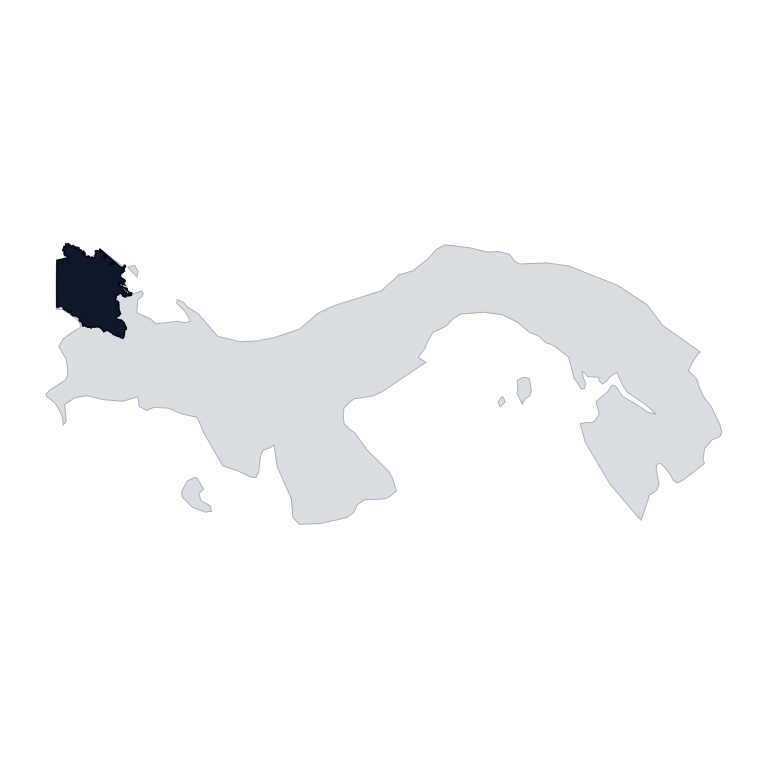 Changuinola, Bocas del Toro, Panama (highlighted)
{"feature_id": "35544464B1778139424471", "entity_name": "Changuinola", "entity_type": "district", "adm_level": 2, "iso_a3": "PAN", "parent_name": "Panama", "parent_adm1": "Bocas del Toro", "projection": "orthographic", "projection_center": [-82.488, 9.215], "detail": "fine", "context": "in_parent", "style": "filled", "palette": "ink", "viewbox_px": 768, "rotation_deg": 0, "n_neighbors": 0, "source": "geoboundaries", "source_scale": "gbopen_adm2", "svg_char_len": 8923}
<svg xmlns="http://www.w3.org/2000/svg" viewBox="0 0 768 768"><path d="M700.3,352.0L698.1,353.6L691.9,363.0L688.5,370.9L696.8,379.1L699.4,388.0L704.2,397.5L711.6,407.1L719.9,424.9L721.9,432.1L719.7,436.8L712.0,439.8L704.8,448.3L703.0,458.5L704.4,463.6L682.9,480.2L677.4,483.0L673.6,480.6L668.9,472.4L663.3,465.9L660.3,463.6L658.6,463.5L656.9,465.0L656.1,468.7L659.1,484.0L656.8,490.3L649.5,495.1L641.3,520.2L638.0,517.1L609.8,483.8L585.3,442.4L580.1,423.6L586.3,422.4L592.3,422.7L595.6,419.8L599.3,414.2L596.1,401.5L607.7,391.7L612.0,385.1L615.3,385.8L623.0,396.8L634.2,403.1L648.0,412.2L656.4,414.2L645.6,404.6L627.0,392.0L621.8,383.7L616.8,372.0L609.6,377.2L606.3,381.5L602.6,384.0L599.3,381.1L598.7,377.3L587.8,376.7L585.0,373.3L582.1,371.4L583.5,378.7L585.7,383.2L584.6,388.6L581.1,389.1L578.0,383.5L574.1,378.4L568.7,357.2L556.2,347.3L550.5,344.1L545.9,342.9L538.9,336.1L529.8,332.6L517.3,322.1L502.1,314.7L483.6,312.2L461.1,314.0L453.5,318.3L448.4,323.7L446.0,326.2L432.8,332.4L427.8,341.3L424.7,348.8L418.1,357.3L425.7,362.4L382.4,391.5L373.8,395.8L354.3,398.8L349.8,401.9L343.9,407.7L343.2,416.3L344.1,423.7L349.8,429.3L354.9,432.9L367.1,450.0L388.8,471.4L392.9,479.3L396.3,491.0L389.8,496.5L384.8,498.8L364.3,499.9L357.2,504.6L354.4,511.8L346.8,517.6L320.3,523.6L299.5,524.3L293.0,517.7L291.4,498.9L277.3,466.9L273.9,444.8L270.4,447.6L263.0,450.2L260.5,455.7L258.7,472.0L256.0,477.5L250.3,477.0L238.5,471.2L222.9,465.9L202.9,431.4L200.7,424.9L196.8,417.2L181.4,413.9L168.3,408.1L154.0,407.3L146.7,410.5L139.2,406.4L137.9,396.9L122.9,401.2L103.6,399.7L86.4,395.7L74.6,397.8L64.8,404.5L66.1,421.7L63.2,425.1L62.8,418.1L59.3,410.0L55.2,403.3L46.5,396.3L46.1,393.8L49.5,390.3L65.3,380.2L67.3,376.0L67.5,367.3L66.0,358.9L58.9,346.6L63.0,339.0L71.1,332.9L79.4,328.1L80.9,326.0L79.3,321.9L74.5,317.3L63.1,309.6L56.3,309.1L56.0,287.0L56.4,263.5L58.1,261.2L62.3,259.8L65.6,256.2L67.5,249.3L72.4,246.8L81.4,252.2L90.6,256.9L94.4,255.4L97.2,253.1L99.2,250.8L99.9,248.6L107.2,254.9L122.2,266.0L123.0,271.4L121.6,276.7L125.8,291.7L133.6,293.9L141.4,290.9L143.3,293.7L141.9,296.5L137.8,299.6L136.8,312.5L149.7,318.5L156.1,323.8L177.4,321.3L185.2,322.7L190.5,321.1L184.6,310.8L176.6,303.1L177.3,299.7L183.3,302.2L187.9,307.4L198.4,313.9L217.7,336.3L239.9,341.7L257.3,340.9L273.6,337.8L299.6,329.0L318.2,313.1L333.2,306.0L381.6,290.7L398.8,274.9L406.0,272.8L412.9,270.8L428.1,258.8L436.2,249.5L444.8,244.8L470.4,247.9L487.1,252.1L498.5,251.5L509.6,254.4L514.5,261.1L519.5,264.0L546.6,262.9L568.8,266.0L617.7,285.4L647.0,304.7L662.7,325.5L700.3,352.0ZM211.4,511.4L205.1,512.1L192.0,507.1L182.5,497.4L181.7,494.2L181.9,491.0L187.1,481.1L194.1,477.6L196.8,477.7L203.5,489.1L199.0,493.6L200.8,500.6L210.3,505.9L211.4,511.4ZM524.6,399.2L522.4,404.1L516.9,393.1L517.7,390.3L517.3,380.3L522.4,377.6L526.2,377.4L529.3,378.7L531.4,390.5L529.8,395.8L524.6,399.2ZM138.0,271.6L136.8,277.0L127.8,267.2L133.2,265.6L135.0,265.8L138.0,271.6ZM505.3,401.7L500.2,407.0L498.1,402.0L501.7,396.9L503.0,396.9L505.3,401.7Z" fill="#d9dde1" stroke="#a8b0b8" stroke-width="1"/><path d="M131.2,293.8L131.8,293.1L131.2,292.7L130.3,292.7L129.0,292.1L129.1,292.8L129.4,292.9L129.6,293.5L129.5,293.8L129.3,293.6L129.4,294.0L128.9,294.2L128.6,293.8L127.4,293.8L126.4,293.1L126.0,293.2L124.8,292.1L124.1,292.0L124.0,291.3L124.4,291.1L124.1,291.3L124.3,291.3L124.4,290.9L124.1,291.1L123.5,290.5L123.2,290.7L123.0,290.3L123.1,289.6L122.5,289.5L122.7,288.8L122.4,288.6L122.8,288.3L122.5,288.1L122.6,287.9L122.5,287.6L122.5,287.8L122.3,287.7L123.3,287.4L123.2,287.0L122.7,286.9L122.7,287.1L122.4,286.8L122.3,287.0L121.8,286.4L121.5,286.6L121.6,286.3L121.2,286.5L121.0,286.1L120.7,286.2L120.3,286.0L119.7,285.2L119.1,285.3L119.5,284.7L118.9,284.4L119.2,283.8L119.6,284.3L119.8,284.2L119.0,283.3L119.1,282.4L118.9,282.4L118.5,282.1L118.7,281.7L118.6,282.1L118.9,282.3L119.3,282.3L119.3,282.1L120.0,282.5L119.9,282.3L120.1,282.0L120.0,282.3L120.7,282.4L120.6,282.7L121.0,283.0L120.9,282.8L121.7,283.2L122.5,283.1L122.8,283.4L123.3,282.9L123.8,283.0L123.8,281.7L124.6,281.7L124.8,281.7L125.2,281.5L125.1,280.7L124.4,279.8L121.4,277.9L120.4,277.0L120.3,276.5L119.7,276.2L120.2,276.4L120.1,275.8L121.3,272.8L122.1,272.9L122.6,272.3L122.4,271.7L123.2,272.2L123.8,271.4L124.3,271.2L123.8,269.6L124.1,269.4L124.5,267.4L125.3,267.1L125.6,265.9L125.5,265.6L124.3,265.2L123.9,266.6L123.0,267.4L120.9,267.2L119.2,266.1L115.1,262.2L114.4,261.7L113.8,261.8L113.3,261.3L113.0,261.9L114.0,262.9L113.6,264.1L112.4,264.4L112.7,264.2L112.4,264.1L111.6,264.7L111.5,265.1L111.3,265.2L111.4,265.5L111.3,265.1L111.5,264.7L111.4,264.7L110.1,265.5L109.9,265.0L109.5,265.4L109.7,265.0L111.8,264.5L112.3,263.9L113.4,264.0L113.8,263.3L113.6,262.7L113.1,262.4L112.8,263.6L112.3,263.7L111.9,262.8L111.0,262.8L110.2,262.3L111.1,262.7L111.9,262.7L112.3,263.5L112.7,263.5L112.9,262.8L112.9,261.3L113.3,261.1L113.9,261.4L102.7,251.4L99.9,249.3L99.7,249.4L99.8,250.3L101.1,251.8L101.0,252.4L100.5,252.9L99.7,252.7L98.8,251.4L98.0,250.8L96.4,250.5L95.3,250.9L95.3,251.7L95.9,253.5L95.1,255.1L95.2,256.7L94.5,257.4L93.4,257.8L92.0,257.3L91.7,258.3L90.5,258.2L89.5,257.2L89.4,256.4L89.0,256.2L88.7,256.4L88.8,257.1L88.1,257.9L87.6,258.1L87.2,257.8L87.3,257.1L87.7,256.8L87.7,256.4L86.8,256.7L85.3,256.5L85.1,256.2L85.2,255.2L84.0,254.4L84.1,254.1L84.9,253.7L85.1,253.1L84.8,252.7L84.2,252.7L83.9,252.5L83.8,251.2L83.4,251.0L83.0,251.2L83.3,252.3L83.0,252.7L82.3,251.8L81.0,251.4L81.3,250.3L80.8,249.8L79.3,250.0L79.1,249.0L78.6,248.5L78.9,247.8L78.7,247.5L77.1,248.2L76.8,247.2L76.2,247.1L75.7,247.5L75.6,248.5L75.2,248.7L74.7,247.9L75.0,247.3L74.5,246.5L73.9,246.2L73.4,245.5L72.9,245.5L71.6,246.5L70.8,246.0L70.5,245.3L69.0,244.8L68.9,243.9L68.5,243.7L66.8,244.2L66.0,243.8L65.8,244.1L65.4,246.5L65.0,246.7L64.1,246.5L63.8,246.7L63.6,248.5L62.7,249.9L63.2,250.2L63.2,251.0L63.6,251.3L64.4,251.1L64.7,251.3L64.8,252.3L64.0,253.1L64.3,253.7L64.2,254.6L65.1,255.5L66.1,255.2L66.5,255.7L66.0,256.1L67.1,255.9L67.0,256.5L67.7,257.0L67.4,257.7L67.8,258.0L56.9,260.3L56.8,307.0L57.7,307.5L59.4,306.5L60.2,306.5L61.6,305.8L62.1,305.7L62.5,306.1L62.4,306.9L63.3,308.2L63.5,309.1L64.5,309.8L65.5,309.5L66.1,310.6L66.6,310.7L67.2,311.4L68.0,311.6L68.4,312.2L69.5,312.2L69.9,312.6L70.5,312.7L70.9,313.2L71.0,314.0L72.0,314.5L72.0,315.1L72.4,315.6L75.5,315.8L75.9,316.2L77.7,316.8L78.9,317.9L79.3,317.9L79.8,318.9L79.2,320.1L79.8,320.5L79.9,320.9L80.1,320.7L80.6,321.1L80.6,321.6L81.5,321.9L81.9,322.3L82.3,323.2L82.6,325.2L83.1,326.2L83.5,326.2L83.7,325.6L84.8,325.3L85.5,325.8L85.6,326.3L86.9,326.6L87.5,327.2L88.7,327.3L89.3,326.9L89.4,327.1L90.4,327.4L91.0,328.1L91.4,327.3L92.6,326.7L93.8,327.3L95.7,327.0L96.5,326.5L97.2,326.9L97.9,327.0L98.2,326.8L98.4,327.0L99.7,327.1L100.6,328.2L101.4,328.6L102.0,329.4L102.6,329.8L103.0,330.7L103.5,331.1L103.9,331.8L104.5,331.2L105.2,330.8L105.7,330.9L106.3,330.5L108.5,330.5L110.3,332.2L111.3,332.5L111.6,332.4L112.9,334.2L114.2,334.5L114.4,335.0L115.2,334.9L116.9,336.1L117.5,336.2L118.0,335.9L118.3,336.3L119.7,336.7L120.1,336.6L120.3,337.5L123.0,338.3L124.1,336.1L124.1,334.9L124.5,334.4L124.4,332.9L124.7,331.1L124.7,330.3L125.0,329.8L126.3,329.2L126.2,327.1L125.1,326.2L125.2,325.1L124.5,324.3L124.3,323.0L121.7,320.3L120.9,319.9L119.9,320.0L119.1,319.6L118.1,319.4L117.6,319.1L117.2,319.2L116.1,318.1L116.4,317.2L117.1,316.4L118.0,316.3L119.2,315.7L119.3,315.1L120.6,313.8L118.7,308.7L119.0,308.1L118.7,307.6L118.9,307.0L118.4,306.7L118.4,306.4L118.6,306.2L118.4,306.0L118.8,305.8L118.8,304.9L118.8,304.4L118.3,303.9L118.7,303.1L118.3,303.1L118.4,302.4L117.7,301.3L116.9,300.9L116.6,301.2L116.2,301.1L115.2,299.5L115.4,299.3L115.2,299.1L115.6,298.6L115.6,298.1L116.1,297.9L115.9,297.6L116.2,296.9L115.8,296.6L116.1,296.5L116.2,295.8L116.7,295.0L117.2,294.8L117.9,295.0L118.5,294.7L118.9,293.7L119.9,293.0L120.5,292.9L121.8,294.3L122.7,295.4L122.9,296.1L124.1,296.6L124.8,296.5L125.4,297.1L125.8,296.9L126.0,296.2L126.6,295.6L127.9,296.0L129.0,295.6L130.0,295.8L130.4,295.3L131.4,295.3L131.6,294.1L131.2,293.8ZM103.8,258.3L104.2,257.5L105.0,257.5L105.1,257.3L105.0,257.0L104.4,257.2L103.7,256.8L103.0,257.6L103.6,256.7L103.6,256.2L103.7,256.6L104.6,257.0L106.0,256.2L106.3,255.1L105.8,254.5L105.1,254.1L105.0,254.4L104.9,254.0L104.6,254.0L104.4,254.8L104.3,254.2L103.7,253.7L103.9,252.9L104.1,253.1L104.1,252.9L106.6,255.2L106.2,256.3L105.5,256.9L106.1,257.7L105.3,256.9L105.0,257.7L104.2,257.6L103.8,258.3ZM124.8,287.7L124.4,287.8L124.4,288.1L125.0,288.7L125.6,289.1L126.6,289.0L127.4,289.9L127.0,288.4L124.8,287.7ZM127.9,291.3L127.5,290.2L127.2,290.4L127.5,290.4L127.5,290.9L127.9,291.3ZM121.5,283.3L121.4,283.6L121.9,284.1L121.9,283.7L121.5,283.3ZM123.0,283.8L122.8,283.8L122.7,283.9L122.9,284.1L123.0,283.8ZM125.9,293.0L126.2,292.8L126.2,292.7L125.9,293.0ZM124.4,284.4L124.4,284.2L124.1,284.3L124.4,284.4ZM124.5,284.7L124.7,284.8L124.5,284.5L124.5,284.7ZM124.4,282.1L124.2,281.9L124.2,282.0L124.4,282.1Z" fill="#0f172a" stroke="#020617" stroke-width="1.5"/></svg>